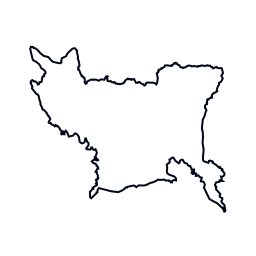 the district of Phunphin, Surat Thani, Thailand, rotated 96°
{"feature_id": "78962969B67039244737250", "entity_name": "Phunphin", "entity_type": "district", "adm_level": 2, "iso_a3": "THA", "parent_name": "Thailand", "parent_adm1": "Surat Thani", "projection": "mercator", "projection_center": [99.13, 9.024], "detail": "fine", "context": "isolated", "style": "outline", "palette": "ink", "viewbox_px": 256, "rotation_deg": 96, "n_neighbors": 0, "source": "geoboundaries", "source_scale": "gbopen_adm2", "svg_char_len": 5733}
<svg xmlns="http://www.w3.org/2000/svg" viewBox="0 0 256 256"><g transform="rotate(96 128 128)"><path d="M200.7,158.5L201.7,157.3L196.4,152.7L195.4,152.6L195.1,151.7L193.0,151.8L190.8,150.7L192.7,137.9L192.8,131.1L191.1,127.8L188.7,124.9L187.6,124.5L187.3,122.7L186.6,122.6L184.6,116.3L184.7,115.5L186.0,113.6L183.9,111.2L183.6,106.6L183.0,104.3L180.0,99.6L179.7,98.2L177.6,94.4L176.2,92.9L176.3,90.6L175.5,86.5L176.3,85.3L175.9,82.3L176.1,81.4L176.7,81.3L176.7,80.0L177.6,79.6L177.6,78.7L176.1,78.4L175.0,77.1L175.1,74.7L173.5,74.9L172.3,75.7L171.3,77.2L170.1,82.1L168.9,84.2L167.1,84.9L163.4,84.8L160.7,85.6L160.0,85.4L158.2,83.3L157.3,82.9L155.0,83.5L154.6,82.5L153.2,81.4L152.6,80.4L153.1,79.4L155.6,77.5L157.8,73.9L157.2,73.1L155.0,72.8L154.0,71.6L153.8,70.4L156.8,68.1L157.2,65.6L159.2,64.1L159.3,62.1L160.6,61.6L161.4,60.6L162.8,60.5L162.9,59.5L162.4,58.0L165.2,57.6L165.0,59.8L165.5,60.1L166.2,59.9L167.0,58.7L166.0,55.8L166.5,55.3L168.6,55.6L168.7,55.2L167.7,53.1L169.4,51.3L169.7,49.4L173.2,50.1L173.5,49.8L173.5,47.4L174.8,46.3L176.3,45.7L179.4,46.2L190.2,39.5L193.6,31.3L197.7,25.8L199.0,24.6L201.1,23.5L200.7,22.7L200.0,22.5L198.7,22.8L197.2,24.4L197.1,23.4L194.8,23.9L191.9,27.3L191.1,27.6L189.4,26.8L188.0,26.8L187.0,29.4L185.5,29.8L184.1,29.2L179.7,34.1L178.2,33.9L177.4,34.7L176.9,34.3L175.9,35.4L175.2,35.6L173.0,34.7L171.9,31.5L170.7,31.5L171.0,30.6L170.8,28.5L169.9,29.9L169.0,29.5L166.6,30.4L166.7,29.3L165.7,27.9L164.1,27.1L162.4,27.7L161.0,29.3L159.9,29.6L160.0,30.1L159.1,30.1L159.1,30.7L158.3,31.6L158.2,32.8L157.6,33.2L157.2,33.0L157.4,34.0L155.4,36.6L153.7,40.3L152.8,40.0L152.3,40.5L151.9,43.3L152.4,43.4L152.4,44.1L154.2,44.5L153.4,48.1L152.7,49.8L150.0,50.4L141.5,50.5L135.0,52.3L128.5,52.5L123.2,53.5L122.5,54.1L121.8,54.0L120.4,54.5L112.1,54.5L107.4,52.9L104.0,52.5L102.4,51.8L101.0,52.4L99.8,53.6L97.9,53.7L96.5,53.1L96.0,51.9L95.1,51.8L94.0,52.3L91.7,52.1L91.5,51.3L91.1,51.5L91.1,51.1L89.9,50.0L89.2,47.9L88.6,48.3L88.3,47.8L86.8,48.1L85.6,47.6L85.0,46.7L84.4,46.7L83.4,44.4L82.5,44.0L82.0,43.1L80.9,43.6L79.4,43.5L76.8,42.8L75.6,42.0L73.6,42.2L72.6,40.5L69.0,38.9L66.3,40.6L63.5,39.3L59.1,40.8L58.6,41.9L59.0,43.1L58.9,45.5L58.0,46.2L58.9,48.3L59.9,49.5L58.4,50.9L58.6,51.6L57.4,52.8L57.7,54.7L57.3,55.3L58.3,58.1L58.0,61.5L58.7,62.3L59.0,64.5L59.5,64.6L59.7,65.6L59.5,69.1L60.1,70.9L59.6,71.9L59.5,74.0L60.3,75.9L61.4,76.8L62.5,79.4L62.0,80.0L62.3,80.6L61.9,82.3L61.2,83.0L60.4,83.2L59.6,85.6L58.7,85.9L58.9,86.7L58.4,87.1L58.9,87.4L58.5,88.1L58.8,89.1L60.0,89.4L60.7,90.7L60.9,90.4L61.8,91.1L61.6,96.4L62.2,97.5L62.1,97.8L63.4,98.2L65.1,100.4L65.1,101.0L65.7,101.1L66.4,102.0L66.7,103.4L67.9,104.0L68.4,103.6L68.6,103.9L69.4,103.8L70.6,105.1L75.2,103.6L80.1,103.7L81.7,104.5L80.7,105.6L80.3,108.0L80.9,114.1L82.0,115.0L83.4,115.1L84.1,116.2L82.9,117.5L82.4,119.5L81.0,121.5L81.2,122.5L82.2,123.3L82.2,124.8L78.7,127.1L79.3,128.1L79.0,129.4L79.5,129.6L79.1,130.3L79.1,130.8L79.5,131.0L79.1,132.0L79.4,132.4L78.9,133.3L81.0,135.7L83.0,136.3L82.9,136.8L84.2,137.6L85.3,140.7L85.0,142.0L85.4,143.0L85.0,143.7L85.2,144.5L83.9,146.1L84.4,146.8L83.9,147.1L84.2,148.7L83.1,150.2L83.5,151.2L83.4,153.1L82.2,153.7L81.3,153.5L80.6,154.1L79.6,154.1L78.9,153.6L78.7,154.5L79.1,155.3L82.5,156.6L82.4,159.5L82.9,160.7L84.1,162.1L83.4,164.0L83.3,166.8L83.9,167.7L83.5,168.7L84.0,170.3L85.8,173.1L86.3,173.6L87.8,173.7L88.4,174.6L87.8,175.4L87.1,175.4L86.9,175.9L85.7,175.8L82.9,176.5L82.2,177.2L82.3,177.9L81.6,178.1L81.1,179.6L80.2,179.6L79.8,180.4L75.5,182.6L75.2,183.6L74.6,183.4L73.9,183.8L73.4,183.4L72.3,183.8L71.2,182.8L70.7,182.8L65.5,184.4L64.1,185.3L62.4,185.1L58.1,186.7L56.3,186.7L55.6,187.9L54.4,188.7L54.3,190.1L55.1,191.7L59.9,195.8L63.1,197.1L65.5,201.0L68.1,201.4L69.8,201.1L70.5,201.7L70.8,202.9L70.1,209.3L68.7,211.5L65.8,214.6L65.1,219.3L62.6,223.2L60.3,225.6L58.5,228.1L58.3,230.3L57.3,230.8L57.5,233.2L59.7,233.5L68.9,230.3L70.6,229.3L71.5,226.7L73.6,223.4L75.8,221.4L77.2,221.0L79.5,217.0L80.9,215.9L82.4,215.8L83.4,217.0L85.3,216.8L85.6,218.0L86.2,218.5L91.2,218.8L91.8,220.9L93.4,221.0L94.0,221.5L94.2,222.3L92.5,223.2L91.6,224.4L91.2,225.5L91.7,226.2L90.4,228.1L90.8,228.9L91.9,229.6L93.1,229.6L93.2,229.1L93.9,229.2L96.9,227.4L98.4,227.7L99.1,227.3L103.9,222.5L104.1,221.3L105.5,220.2L110.4,218.6L111.5,217.8L113.9,217.5L116.7,215.6L118.2,215.1L118.7,214.5L118.9,213.4L121.4,210.5L122.0,210.5L122.7,209.6L123.8,209.1L124.1,208.3L125.1,208.0L125.9,206.8L127.4,206.2L129.3,207.2L130.9,207.5L131.4,206.8L131.1,205.4L132.2,204.7L133.3,201.5L134.0,201.1L133.8,200.2L133.0,200.1L133.7,199.4L133.6,199.0L133.1,199.0L133.2,198.5L135.1,196.3L136.7,195.3L137.9,194.0L139.0,193.6L140.9,193.9L141.3,193.2L140.8,192.4L138.8,192.8L138.2,192.2L138.7,191.5L140.9,191.2L140.9,190.6L139.2,190.7L137.2,189.6L137.8,188.8L140.0,187.3L142.7,186.0L141.4,182.0L138.9,180.1L139.0,179.1L139.7,177.8L141.9,176.0L146.7,174.6L148.0,172.8L148.0,171.6L147.0,170.1L145.1,169.4L142.9,169.4L142.8,168.8L146.0,167.2L147.0,165.8L147.9,165.5L149.8,165.7L152.5,167.4L153.2,167.2L153.5,166.6L153.4,163.2L152.9,162.8L151.3,162.6L151.0,161.8L153.2,160.2L153.3,159.2L152.5,158.1L154.9,156.8L155.8,156.4L159.5,157.2L160.5,158.1L161.5,157.8L161.5,157.3L160.9,157.0L161.1,156.4L163.0,154.3L163.8,154.1L162.8,155.0L163.4,155.5L162.9,158.5L165.0,160.5L166.7,158.5L166.8,156.6L167.2,156.5L168.0,155.4L169.3,155.2L169.6,154.1L170.4,153.6L171.7,153.3L171.8,154.3L174.9,155.6L175.1,154.5L175.7,154.7L178.3,153.0L180.0,152.9L180.4,152.4L181.1,152.3L182.0,152.7L182.1,154.0L183.3,154.4L183.9,153.6L184.9,153.8L185.7,153.3L186.3,153.8L186.4,153.3L187.0,153.5L187.2,153.0L187.9,152.8L190.4,156.1L191.5,156.2L191.5,156.6L192.1,156.4L192.0,156.9L192.4,156.8L195.4,159.2L200.7,158.5Z" fill="none" stroke="#020617" stroke-width="2"/></g></svg>